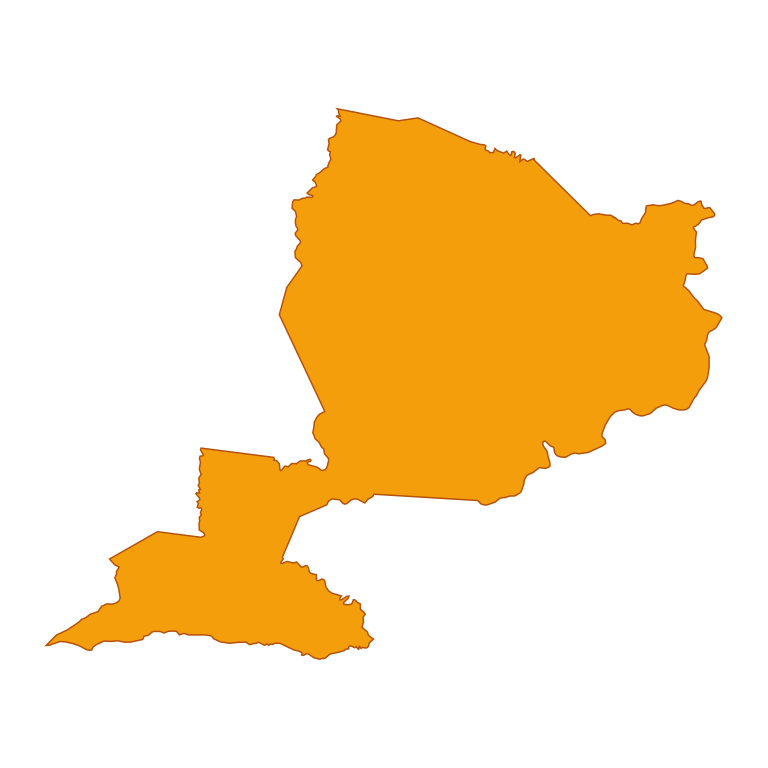 outline of El Rosario, Comayagua, Honduras
{"feature_id": "27666195B23416368136478", "entity_name": "El Rosario", "entity_type": "district", "adm_level": 2, "iso_a3": "HND", "parent_name": "Honduras", "parent_adm1": "Comayagua", "projection": "orthographic", "projection_center": [-87.754, 14.601], "detail": "fine", "context": "isolated", "style": "filled", "palette": "amber", "viewbox_px": 768, "rotation_deg": 0, "n_neighbors": 0, "source": "geoboundaries", "source_scale": "gbopen_adm2", "svg_char_len": 6114}
<svg xmlns="http://www.w3.org/2000/svg" viewBox="0 0 768 768"><path d="M696.0,396.1L699.2,390.3L706.1,381.0L707.5,377.2L709.1,367.8L709.1,356.6L704.6,344.6L706.7,340.2L707.5,334.9L709.2,331.8L714.6,328.9L716.4,327.2L721.9,317.8L720.2,315.7L717.1,313.6L703.8,309.4L697.9,301.5L693.9,297.5L689.1,291.1L685.9,287.9L683.9,286.6L683.4,285.6L685.3,279.6L685.9,275.5L687.0,273.8L694.1,274.3L699.5,273.9L707.5,268.2L707.3,266.5L703.0,258.8L699.9,257.9L694.4,257.5L693.8,254.5L695.6,247.5L695.4,240.2L696.4,232.2L693.3,227.9L694.1,226.8L698.3,224.4L701.6,220.0L707.5,217.9L712.9,216.9L714.6,215.5L714.8,214.1L710.2,208.0L708.7,207.5L705.6,208.5L704.0,208.3L701.8,204.9L701.1,201.3L700.0,201.1L698.4,201.6L694.2,204.8L692.6,205.4L690.8,205.1L688.5,203.7L685.1,203.5L681.1,201.4L677.9,200.4L672.2,203.1L662.8,205.3L658.3,205.7L653.1,204.8L646.7,205.8L646.1,206.7L645.5,212.5L641.6,218.6L639.9,223.0L638.3,223.7L635.4,223.3L632.0,224.9L628.0,223.3L622.6,223.3L621.1,221.0L618.2,220.4L616.4,218.6L613.7,217.0L613.5,217.4L612.5,216.2L610.5,215.2L605.6,215.1L598.6,213.8L594.4,214.3L590.3,215.6L533.9,159.8L534.3,159.0L533.9,158.4L527.1,161.4L524.6,159.4L523.0,159.1L519.8,161.6L520.8,155.0L520.0,154.7L516.0,157.7L514.4,157.6L515.3,153.6L514.6,152.1L513.4,151.4L511.8,151.8L511.1,154.8L510.4,155.6L508.9,154.4L506.7,151.1L504.3,152.7L503.2,152.9L497.3,150.7L494.9,148.5L493.5,152.4L489.9,152.7L487.9,150.7L485.3,149.8L485.1,148.6L485.9,146.0L484.5,144.9L480.1,144.4L470.5,141.7L417.9,117.9L398.3,120.8L337.3,108.8L338.3,109.9L338.9,113.7L340.1,116.1L336.9,115.9L336.5,116.4L340.1,118.8L340.9,121.0L336.7,124.9L336.2,132.9L335.2,135.1L333.5,136.8L329.5,138.4L328.4,139.5L329.1,143.7L327.6,149.7L328.5,150.9L330.2,151.7L329.6,154.7L330.9,159.1L328.9,162.9L327.9,165.7L328.1,166.9L324.1,168.8L320.1,172.4L316.5,174.6L315.1,177.2L312.8,179.7L313.0,180.6L314.8,181.6L316.4,185.0L316.5,186.5L312.1,188.1L307.1,193.0L309.1,194.7L312.6,195.5L312.9,196.1L312.5,196.9L311.4,197.3L306.7,197.1L305.1,198.2L303.1,198.1L298.6,200.1L294.2,199.8L292.7,201.7L292.0,208.2L295.1,211.0L295.7,212.4L296.6,216.4L295.5,219.5L295.4,223.0L296.0,226.1L297.7,228.7L297.6,230.3L295.5,232.7L295.2,234.3L296.2,236.3L300.1,240.4L300.5,241.8L299.9,243.5L297.4,246.0L296.5,248.9L295.0,251.0L295.2,256.5L295.8,258.0L300.6,262.3L302.1,265.8L286.8,287.4L279.3,314.7L324.8,411.4L319.3,414.4L316.7,417.4L314.2,422.7L313.9,427.0L312.8,432.6L315.4,439.1L319.0,442.3L321.5,447.0L323.7,449.0L324.5,453.8L328.3,458.1L328.6,460.8L326.7,468.0L324.6,470.0L321.5,470.4L317.4,467.3L308.3,464.7L307.1,462.2L310.6,461.3L310.9,460.0L309.6,459.3L305.4,460.9L300.2,461.0L296.4,463.7L291.8,463.5L288.0,467.0L286.4,466.2L284.7,466.2L281.6,470.3L280.6,470.6L280.0,469.9L279.3,463.7L276.5,460.6L273.6,460.2L274.3,459.1L273.8,457.4L201.1,448.1L200.5,449.8L203.4,455.0L202.9,455.9L200.2,456.1L199.4,458.3L200.5,462.2L199.3,469.0L201.1,474.4L198.8,478.1L199.4,483.4L198.2,485.3L200.5,489.6L198.7,489.9L199.5,492.9L196.4,492.9L195.9,493.6L199.3,497.8L199.9,499.3L199.7,500.0L197.1,501.7L198.4,503.6L197.2,507.2L198.8,508.2L201.0,507.9L201.8,509.6L200.5,512.2L201.2,515.4L199.2,517.4L199.8,521.4L199.1,522.6L199.2,529.9L203.5,532.7L204.6,534.4L204.7,535.6L201.0,537.3L157.4,531.7L109.5,559.0L114.8,564.8L119.1,567.1L116.5,571.4L116.5,574.0L114.9,577.8L117.7,585.0L118.8,589.2L120.2,597.9L119.1,600.9L115.9,603.1L112.0,604.2L107.1,603.8L101.6,606.4L98.0,611.6L90.3,614.2L85.5,617.8L81.5,619.4L79.2,621.9L67.1,630.0L56.4,635.1L46.1,645.5L49.2,645.3L60.0,641.5L65.6,641.9L73.3,643.7L79.5,645.9L86.9,649.8L90.5,650.3L91.8,649.9L92.9,647.2L96.2,644.7L104.0,641.1L111.3,641.4L117.8,640.8L124.1,642.1L130.8,642.1L142.4,639.5L143.1,638.9L143.9,636.3L148.4,635.3L151.8,632.3L153.7,631.4L160.4,631.5L163.9,633.0L168.2,631.3L171.4,631.1L176.4,631.2L179.4,634.8L184.0,633.4L188.4,634.9L205.4,634.9L209.5,635.6L211.7,636.1L213.7,638.7L220.0,641.8L229.8,643.3L237.0,642.4L245.9,642.1L249.3,644.5L250.6,644.6L253.1,643.6L256.5,643.3L258.5,642.1L264.1,645.1L265.1,645.1L266.7,643.9L268.7,645.4L270.3,644.0L273.1,644.4L274.5,643.2L280.0,643.3L293.8,649.9L298.9,651.2L301.9,652.6L302.3,653.4L301.6,654.7L302.0,655.2L303.6,655.4L306.1,653.8L308.0,653.8L314.1,657.8L319.5,659.2L325.5,658.0L329.7,654.2L340.0,651.9L344.1,650.6L346.2,649.0L348.6,649.0L348.7,646.9L349.6,646.0L351.6,646.1L354.5,647.7L356.1,646.8L358.4,649.3L358.9,649.0L358.9,646.9L359.4,646.3L361.1,648.4L362.9,647.3L364.8,648.0L366.9,647.8L368.5,646.3L369.3,642.8L373.5,639.1L369.8,636.5L368.2,634.7L367.5,632.1L361.9,627.1L363.5,622.4L363.1,617.2L365.2,614.2L363.7,611.9L360.4,609.4L360.3,603.9L357.5,602.5L355.2,600.1L353.9,599.6L353.2,599.9L352.3,603.0L350.9,604.3L348.1,604.7L344.0,604.3L343.5,603.4L343.9,602.3L348.3,598.2L349.0,596.1L346.9,596.3L341.6,599.6L340.0,599.9L339.7,598.4L341.3,595.9L332.3,593.3L328.8,591.1L326.0,587.2L324.6,580.3L322.0,579.0L317.9,580.8L316.9,580.5L316.4,579.4L316.3,574.7L311.9,573.7L310.0,572.7L309.2,571.4L308.5,568.2L307.0,565.6L305.9,565.5L303.2,567.0L301.1,566.9L296.6,562.0L293.3,563.0L287.0,561.4L282.3,563.4L280.7,563.1L280.9,562.1L283.1,559.4L283.1,558.5L282.3,557.5L299.5,516.6L326.8,504.8L328.3,501.5L331.8,498.9L339.7,499.8L342.8,503.2L344.5,504.1L346.7,503.7L351.1,499.9L354.8,498.8L358.3,499.5L364.8,503.0L367.8,499.3L372.7,496.5L373.8,494.2L477.7,500.5L480.8,503.8L484.0,504.9L486.7,505.0L495.0,502.2L500.1,498.1L505.6,497.4L509.6,496.1L514.8,495.9L519.6,493.2L521.2,491.6L523.7,484.3L524.3,480.1L526.8,475.4L533.6,472.1L539.2,467.7L545.8,468.4L549.6,466.6L550.0,465.4L549.8,462.2L548.2,457.2L547.1,451.3L543.9,446.9L542.8,444.5L542.9,442.4L543.9,441.1L545.4,441.2L550.3,445.8L553.7,447.4L554.5,452.0L555.8,454.5L557.2,455.8L560.7,457.0L565.6,457.3L571.2,454.0L575.3,452.9L578.7,453.8L588.4,452.4L601.9,446.1L605.6,443.5L605.3,440.0L601.9,436.3L602.1,433.3L605.3,425.0L610.1,416.8L614.9,412.0L618.9,410.6L624.2,410.0L628.5,408.7L630.3,409.6L632.5,412.2L636.0,414.5L639.7,415.7L642.7,415.9L650.2,413.6L656.2,408.2L662.5,405.4L665.1,404.9L667.5,405.4L673.0,408.1L678.9,409.9L683.8,410.0L686.9,409.1L689.1,407.5L694.2,398.0L696.0,396.1Z" fill="#f59e0b" stroke="#b45309" stroke-width="1.5"/></svg>